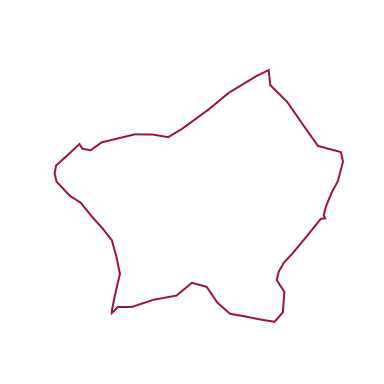 map outline of Ilinden (Equal Earth projection), rotated 15°
{"feature_id": "MKD-2933", "entity_name": "Ilinden", "entity_type": "Statistical Region", "adm_level": 1, "iso_a3": "MKD", "parent_name": "North Macedonia", "parent_adm1": "", "projection": "equal_earth", "projection_center": [21.617, 41.98], "detail": "fine", "context": "isolated", "style": "outline", "palette": "rose", "viewbox_px": 384, "rotation_deg": 15, "n_neighbors": 0, "source": "natural_earth", "source_scale": "10m", "svg_char_len": 857}
<svg xmlns="http://www.w3.org/2000/svg" viewBox="0 0 384 384"><g transform="rotate(15 192 192)"><path d="M145.9,329.6L145.2,326.9L144.1,307.6L143.6,289.8L136.2,274.9L127.1,259.4L115.2,250.5L101.6,241.6L87.4,231.2L75.4,227.5L58.5,217.1L54.5,209.7L53.9,201.6L63.5,186.7L70.9,174.8L74.9,178.6L83.4,177.8L91.9,167.4L102.8,161.5L121.9,151.1L139.1,146.7L154.8,145.2L166.2,133.4L187.1,107.4L201.9,86.6L224.5,63.0L234.5,54.4L239.9,68.5L260.7,80.4L281.4,98.0L301.7,114.9L314.5,114.9L325.5,114.9L330.0,123.7L330.1,143.7L327.0,156.5L325.2,170.9L325.2,180.5L327.4,183.0L323.4,184.5L314.2,205.3L305.0,225.3L299.0,236.5L296.5,246.1L296.5,254.9L307.1,264.7L310.9,284.7L305.3,296.0L292.9,297.3L274.6,298.5L260.3,299.8L245.0,292.2L230.7,279.8L215.3,279.8L203.9,296.0L182.8,306.0L163.6,318.6L150.2,322.3L145.9,329.6Z" fill="none" stroke="#9f1239" stroke-width="2"/></g></svg>